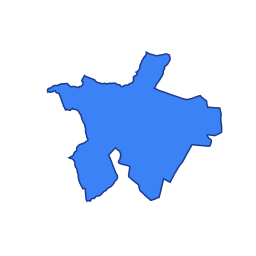 Mogotio, Rift Valley, Kenya, rotated 21°
{"feature_id": "3690345B85271046016228", "entity_name": "Mogotio", "entity_type": "district", "adm_level": 2, "iso_a3": "KEN", "parent_name": "Kenya", "parent_adm1": "Rift Valley", "projection": "orthographic", "projection_center": [35.951, 0.165], "detail": "fine", "context": "isolated", "style": "filled", "palette": "blue", "viewbox_px": 256, "rotation_deg": 21, "n_neighbors": 0, "source": "geoboundaries", "source_scale": "gbopen_adm2", "svg_char_len": 5808}
<svg xmlns="http://www.w3.org/2000/svg" viewBox="0 0 256 256"><g transform="rotate(21 128 128)"><path d="M49.3,111.1L48.8,111.8L47.8,112.4L47.4,113.6L46.5,113.7L45.4,114.2L44.5,114.5L43.7,115.0L43.4,115.6L42.7,116.0L42.2,116.9L41.8,117.9L41.1,118.6L40.3,119.0L40.1,119.2L39.4,120.0L39.2,121.2L39.6,122.1L40.1,123.2L41.0,122.8L42.1,122.5L43.2,122.1L45.2,120.8L45.8,119.9L46.6,119.3L48.3,120.7L48.8,120.6L50.5,120.7L51.6,120.6L52.4,121.8L55.9,125.7L58.0,128.2L58.8,129.0L59.5,129.9L60.0,130.8L60.8,131.2L61.5,131.8L62.2,132.4L63.1,133.6L63.8,133.2L64.0,132.3L66.3,132.6L67.8,132.2L68.8,130.0L69.0,129.6L69.7,130.1L73.4,129.3L74.3,129.7L75.2,129.8L76.4,130.7L77.5,131.6L78.2,132.2L79.2,132.4L79.5,133.2L80.5,134.2L80.9,135.1L81.9,136.3L82.6,136.9L83.1,137.5L83.8,138.2L84.4,138.9L85.5,139.7L86.5,140.5L87.0,141.6L87.5,142.4L88.4,143.0L88.7,144.3L89.3,145.6L89.7,146.6L90.4,147.9L91.1,148.8L92.5,150.4L93.2,151.9L94.4,152.4L94.9,153.7L94.0,155.4L93.8,155.6L93.4,156.2L92.8,157.3L91.9,158.2L90.9,158.9L90.0,159.9L89.0,160.6L88.5,161.3L88.1,162.1L87.7,162.9L87.4,163.7L87.2,164.6L87.4,165.6L87.5,165.9L87.9,166.9L88.0,168.4L87.1,169.2L86.7,170.1L86.7,170.9L86.6,171.8L86.7,173.0L86.1,174.2L85.1,175.0L84.6,175.7L84.4,176.3L83.7,176.9L84.8,177.1L85.6,176.9L86.9,176.7L87.8,177.0L89.6,178.0L90.5,178.8L91.1,179.9L91.6,181.2L92.2,182.4L93.0,183.3L94.2,184.0L95.2,184.8L95.5,185.4L96.0,186.5L96.7,187.6L97.7,188.7L98.1,189.4L98.6,190.1L98.9,191.0L99.8,192.8L100.1,193.3L101.0,194.5L101.7,195.4L103.1,196.9L104.1,197.7L104.8,198.5L105.7,199.2L106.7,200.1L107.6,200.9L109.6,199.8L114.5,209.6L115.8,211.0L116.7,210.5L117.3,209.9L118.2,209.8L119.1,209.6L119.2,208.7L119.1,207.7L119.1,207.3L120.2,206.4L121.2,206.2L121.8,205.7L122.2,204.9L122.2,203.9L123.2,202.9L124.5,202.2L125.8,201.3L126.6,200.0L127.0,198.8L127.4,197.8L127.7,197.1L128.2,196.1L128.5,195.7L130.0,194.0L130.2,192.1L130.9,191.5L131.7,190.3L132.6,189.3L133.3,188.4L133.7,187.3L134.1,186.2L134.5,184.6L134.6,183.4L135.4,181.2L135.8,180.5L135.9,179.7L136.0,179.4L136.0,179.0L136.0,178.3L135.9,178.0L135.4,176.9L135.1,176.2L134.6,175.8L134.0,175.4L131.5,173.1L129.7,171.1L127.6,168.7L123.7,164.3L122.5,163.1L121.7,162.1L119.6,160.3L121.5,155.4L122.4,153.3L123.3,151.0L126.4,152.2L128.2,152.5L128.7,152.9L129.1,153.5L130.2,154.0L130.2,154.9L130.7,155.7L131.0,156.4L131.7,157.0L131.2,157.9L131.3,158.9L131.8,160.1L131.1,161.5L131.3,163.0L131.8,163.9L134.6,164.0L137.7,163.7L139.9,163.2L142.5,163.2L143.5,163.5L143.9,164.9L144.6,167.9L145.4,171.5L146.0,173.1L147.7,173.8L149.8,174.5L152.2,175.3L155.8,176.5L157.9,177.0L158.7,178.2L159.4,179.1L160.3,180.5L160.8,181.1L161.6,182.0L162.3,182.5L163.6,182.9L164.6,183.2L167.7,184.7L169.9,185.4L170.4,185.8L171.0,185.8L173.3,186.7L175.2,187.4L178.6,184.7L180.3,182.8L181.9,181.7L181.6,179.7L181.5,177.9L181.2,175.9L181.0,173.7L180.4,170.2L180.3,168.9L180.1,167.4L179.9,166.2L179.7,164.9L179.5,162.8L184.2,163.3L186.9,163.5L187.0,161.7L187.2,160.0L187.4,158.3L187.6,156.6L187.7,154.2L188.2,152.5L188.5,150.5L189.1,146.8L189.6,144.4L190.0,143.2L190.9,140.6L191.2,139.1L191.7,135.1L191.9,133.4L192.0,132.5L192.2,131.3L192.8,127.5L193.3,124.0L193.7,120.7L196.2,119.9L199.3,119.1L202.3,118.2L204.5,117.6L207.4,116.8L209.5,116.2L210.9,115.4L210.9,114.3L211.0,113.4L210.8,112.4L210.6,110.9L210.3,109.6L209.4,109.1L208.5,108.8L207.3,108.5L206.3,107.9L205.1,107.2L204.7,106.6L204.5,106.0L205.5,105.5L206.5,105.3L208.2,104.9L209.5,104.6L210.3,104.4L211.8,104.0L213.1,102.7L216.1,99.4L216.8,98.5L216.6,97.5L216.0,96.1L214.8,92.9L214.1,91.7L213.5,90.4L212.5,88.7L211.5,86.7L211.0,85.1L210.6,84.4L210.6,84.0L210.4,83.0L210.2,82.0L208.7,79.7L208.0,78.7L206.6,76.5L205.0,76.9L203.2,77.6L198.0,79.1L195.9,79.8L195.2,80.3L194.7,79.3L193.9,78.5L193.3,77.9L192.7,76.7L192.3,75.5L191.8,74.9L191.5,74.7L191.2,74.5L190.4,74.1L189.2,74.1L187.2,73.2L186.2,72.9L185.4,72.8L184.7,72.4L183.9,71.8L182.1,73.1L180.5,74.5L179.6,75.3L178.6,76.2L177.0,77.5L174.2,79.5L172.5,80.5L171.1,80.6L168.4,81.0L165.0,81.1L162.2,81.2L159.9,81.3L157.5,81.4L152.8,81.5L149.9,81.5L146.8,81.7L143.6,81.8L138.3,81.4L138.7,80.2L138.9,79.1L138.8,78.1L138.9,76.8L139.4,75.5L139.8,73.8L140.1,72.2L140.3,71.9L140.4,70.9L140.7,69.8L140.8,68.6L141.1,67.7L141.3,66.5L141.3,65.2L141.3,64.4L141.0,63.7L140.6,62.8L140.6,61.9L140.6,61.4L140.8,60.8L140.9,60.0L140.6,58.7L140.1,57.2L141.0,56.5L141.6,55.3L142.1,54.1L142.3,53.0L142.4,51.8L142.8,49.6L142.8,49.2L142.7,48.8L142.4,48.1L142.2,47.6L141.4,46.5L140.9,45.9L140.7,45.2L140.2,45.0L139.1,45.0L137.3,45.1L136.6,45.3L135.8,46.0L133.7,47.4L129.5,49.9L128.6,50.5L127.4,50.5L124.8,50.8L122.5,51.0L120.9,51.1L119.2,50.8L117.8,50.7L118.0,51.3L118.5,52.2L118.7,53.3L118.0,55.0L118.3,55.9L117.5,56.3L117.4,57.3L117.4,58.4L117.0,59.7L116.8,60.9L117.0,61.6L117.0,62.6L116.9,63.7L116.7,64.8L117.0,65.8L117.2,66.9L117.3,67.3L117.7,68.0L117.4,69.0L117.3,70.0L117.0,70.8L116.6,71.5L116.1,72.5L115.5,73.0L116.0,73.3L116.5,73.4L116.8,73.5L117.2,74.2L117.0,75.0L116.7,75.9L115.9,76.7L115.2,77.6L115.0,78.5L114.8,78.8L115.6,79.8L115.7,81.1L116.4,82.0L115.6,84.3L114.7,85.2L112.9,87.0L112.5,88.2L111.7,88.3L111.0,88.7L110.4,88.8L109.6,89.6L108.8,90.2L108.7,91.0L107.7,91.3L107.0,91.8L105.8,91.4L105.3,90.8L104.7,90.7L104.4,90.7L103.7,90.9L102.4,91.3L101.2,91.0L100.2,90.7L99.2,90.9L98.3,91.4L97.3,91.9L96.4,92.4L95.5,92.5L94.5,93.0L93.5,93.7L92.9,94.1L92.0,94.4L91.1,94.7L90.1,94.6L89.1,95.2L88.1,95.9L87.1,96.2L86.1,96.0L84.9,96.2L83.4,96.5L82.2,96.2L80.8,95.9L80.1,95.2L78.3,95.0L76.4,95.0L71.9,95.0L69.8,95.0L68.5,94.6L68.5,95.2L68.4,96.3L68.1,97.6L67.9,98.9L67.9,100.5L68.7,101.2L69.8,101.3L70.0,102.6L70.0,103.5L70.0,104.5L69.6,105.4L69.4,106.1L68.3,106.3L67.8,106.9L68.0,107.6L66.5,108.0L65.4,108.2L62.3,108.7L60.8,109.4L59.9,110.0L59.6,110.1L56.2,108.7L55.4,108.2L49.3,111.1Z" fill="#3b82f6" stroke="#1e3a8a" stroke-width="1.5"/></g></svg>